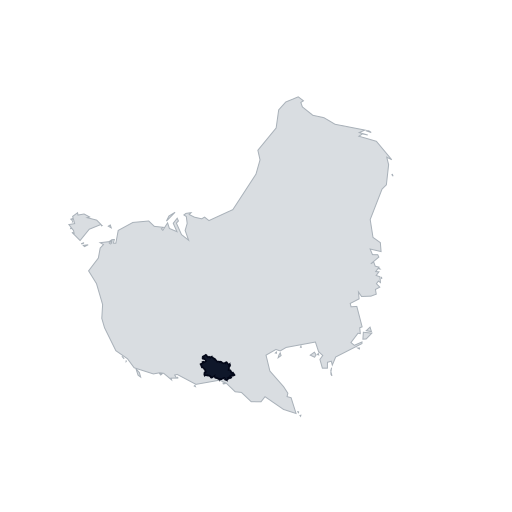 location of Charters Towers, Queensland, Australia, rotated 139°
{"feature_id": "25037944B10597176528862", "entity_name": "Charters Towers", "entity_type": "district", "adm_level": 2, "iso_a3": "AUS", "parent_name": "Australia", "parent_adm1": "Queensland", "projection": "albers", "projection_center": [146.233, -20.209], "detail": "fine", "context": "in_parent", "style": "filled", "palette": "ink", "viewbox_px": 512, "rotation_deg": 139, "n_neighbors": 0, "source": "geoboundaries", "source_scale": "gbopen_adm2", "svg_char_len": 8004}
<svg xmlns="http://www.w3.org/2000/svg" viewBox="0 0 512 512"><g transform="rotate(139 256 256)"><path d="M335.9,122.1L341.5,143.9L347.9,142.7L355.2,149.2L356.5,162.6L360.8,167.2L361.9,179.7L365.0,186.2L385.5,198.5L393.2,218.4L395.5,219.5L396.0,215.9L400.3,219.6L401.0,217.9L402.6,228.0L405.2,231.0L410.8,234.3L421.3,251.6L420.4,262.8L423.9,276.5L417.4,301.2L413.3,310.1L403.6,320.0L394.5,339.8L392.1,354.6L376.3,357.9L368.4,364.2L363.6,364.7L364.9,368.3L357.3,363.1L358.4,361.8L357.9,360.5L356.5,360.5L354.0,362.8L352.1,361.4L355.2,359.2L353.4,357.6L343.2,365.7L326.9,362.1L314.0,352.8L313.3,345.1L307.1,338.4L309.6,338.6L309.5,336.5L301.0,339.0L303.3,333.6L299.7,326.2L297.0,335.0L290.7,336.2L291.6,333.3L294.5,333.1L298.2,321.0L296.5,312.1L292.7,321.8L286.6,325.7L282.7,331.5L283.5,334.3L280.9,334.1L276.6,331.3L279.2,331.1L277.0,325.7L272.6,319.7L269.3,319.1L268.3,313.6L243.0,306.2L202.3,317.8L189.9,325.9L185.2,334.6L156.8,339.4L143.0,351.4L132.5,352.7L119.7,348.4L118.4,342.0L121.4,342.5L123.2,338.1L120.8,324.9L114.0,315.8L109.9,303.5L91.2,279.6L97.1,281.4L92.3,274.0L95.5,278.3L99.8,278.9L89.9,263.6L90.4,239.6L92.5,244.8L96.0,237.9L110.9,224.2L117.0,223.8L145.9,208.6L155.5,193.3L153.4,184.5L158.7,177.3L165.3,186.4L167.2,180.6L163.3,177.1L164.0,174.6L174.5,174.8L171.1,174.3L172.7,170.1L170.5,166.9L175.9,165.7L173.6,163.4L178.1,162.5L176.1,159.0L179.5,154.3L180.1,156.8L183.3,156.1L183.0,151.3L187.8,152.4L190.3,148.3L195.6,150.3L202.9,156.2L202.3,161.6L206.3,156.0L216.0,158.4L217.6,155.3L213.0,151.8L222.4,132.9L224.8,133.8L228.2,129.0L229.7,130.8L241.1,128.4L240.4,124.1L232.4,121.6L233.5,120.4L262.1,127.5L270.0,123.6L268.2,127.2L271.8,128.9L275.7,124.5L279.5,127.8L275.6,136.0L270.9,137.1L271.5,142.8L267.6,152.1L293.2,167.2L300.0,168.5L302.3,172.4L313.5,174.6L321.0,160.1L320.9,139.3L322.0,131.5L324.8,129.5L322.5,126.0L329.1,110.9L335.9,122.1ZM352.3,381.5L364.3,385.6L378.6,383.1L379.4,394.6L378.4,392.5L377.0,394.9L376.6,402.5L371.6,399.4L368.4,406.2L362.3,405.7L363.5,403.7L358.2,400.5L356.0,394.7L358.3,395.7L352.7,387.6L352.3,381.5ZM219.2,121.8L227.3,121.1L229.9,123.1L225.0,128.0L219.2,121.8ZM288.4,342.1L300.7,341.1L295.5,343.3L288.4,342.1ZM278.2,141.2L280.1,145.6L275.0,145.1L275.6,141.9L278.2,141.2ZM420.6,249.6L420.5,244.5L422.5,240.3L423.2,243.4L420.6,249.6ZM375.3,374.6L379.3,375.6L379.4,377.3L375.3,374.6ZM218.5,123.2L221.8,127.3L216.6,127.5L218.5,123.2ZM347.9,375.4L345.6,375.0L346.8,372.2L347.9,375.4ZM306.0,164.7L303.6,166.2L301.3,167.0L302.4,164.4L306.0,164.7ZM90.9,278.5L88.7,276.4L88.1,274.2L88.3,274.0L90.9,278.5ZM378.5,378.8L380.0,379.9L377.1,379.0L378.5,378.8ZM404.2,228.7L406.0,228.7L405.9,231.0L404.2,228.7ZM362.5,179.6L364.6,180.9L364.3,181.7L362.5,179.6ZM371.4,403.4L371.6,405.3L370.1,404.7L371.4,403.4ZM423.0,264.9L423.0,267.7L422.8,267.6L423.0,264.9ZM239.6,119.8L238.2,118.7L239.0,118.0L239.6,119.8ZM277.1,117.4L275.3,119.8L277.3,115.7L277.1,117.4ZM423.4,261.5L422.5,262.4L423.1,261.5L423.4,261.5ZM282.3,158.0L281.2,158.5L281.8,157.4L282.3,158.0ZM274.3,141.3L272.9,141.6L273.6,140.2L274.3,141.3ZM100.2,226.3L100.1,228.2L99.5,228.1L100.2,226.3ZM326.7,109.9L326.7,111.5L326.1,110.4L326.7,109.9ZM356.5,361.2L356.8,362.1L356.4,361.8L356.5,361.2ZM274.8,120.4L272.2,122.1L274.8,120.0L274.8,120.4ZM176.0,156.8L175.1,158.0L175.6,156.7L176.0,156.8ZM372.3,402.1L371.5,402.5L372.0,401.8L372.3,402.1ZM305.0,170.1L303.6,170.1L304.3,169.2L305.0,170.1ZM171.7,165.5L171.1,166.2L170.9,164.8L171.7,165.5ZM378.0,398.3L377.0,398.8L377.3,397.8L378.0,398.3ZM327.5,105.8L327.4,106.8L326.6,106.4L327.5,105.8ZM355.9,362.4L357.0,363.2L355.2,363.0L355.9,362.4ZM387.9,198.4L387.0,198.4L387.4,197.2L387.9,198.4ZM395.2,215.8L394.7,215.8L395.1,214.8L395.2,215.8ZM352.8,380.1L352.5,380.8L352.2,379.9L352.8,380.1Z" fill="#d9dde1" stroke="#a8b0b8" stroke-width="1"/><path d="M362.0,215.0L362.0,214.2L362.3,214.3L362.3,214.0L363.4,214.1L363.5,213.2L362.7,213.1L362.8,212.3L362.3,212.3L362.5,209.5L362.8,209.6L363.0,209.4L364.6,209.6L364.6,210.1L365.1,210.9L365.5,211.0L365.8,211.1L365.9,210.0L367.3,210.2L367.2,210.4L367.3,210.4L368.1,210.7L368.8,210.8L368.8,210.4L368.9,210.2L369.0,209.8L369.1,209.7L369.4,209.2L369.5,209.0L369.5,208.9L369.4,208.8L369.2,208.5L369.2,208.4L369.2,208.2L369.4,208.1L369.5,207.8L369.9,207.6L370.0,207.4L369.9,207.2L369.7,207.0L369.5,206.9L369.3,206.9L369.1,206.6L369.2,206.4L369.1,206.1L369.1,205.9L369.0,205.6L369.1,205.4L369.1,205.1L369.2,204.9L369.3,204.8L369.0,204.1L369.1,203.8L369.0,203.7L369.1,203.4L369.0,203.1L369.3,202.9L369.5,202.9L369.6,202.6L369.8,202.6L370.0,202.2L369.9,201.9L370.0,201.9L370.2,201.7L370.1,201.3L370.4,201.2L370.6,201.4L370.8,201.4L371.0,201.7L371.6,201.7L371.8,201.3L371.8,201.2L372.1,201.1L372.4,201.0L372.6,200.8L372.7,200.5L372.9,200.3L372.8,200.0L372.9,199.8L373.2,199.6L373.3,199.3L372.2,199.2L371.9,198.8L371.9,198.7L371.7,198.4L371.5,198.2L371.3,198.1L371.2,198.1L371.3,197.9L371.2,197.8L371.2,197.7L371.0,197.4L370.7,197.2L370.6,197.4L370.4,197.4L370.3,197.2L370.3,196.9L370.2,196.9L370.0,196.5L369.9,196.4L369.7,196.4L369.5,196.1L369.3,196.0L369.3,195.8L369.5,195.8L369.6,195.7L369.7,195.4L369.6,195.2L369.3,194.8L369.3,194.7L369.6,194.7L369.7,194.4L369.7,193.7L369.1,193.4L368.9,193.4L369.0,193.1L366.3,192.8L366.5,192.7L366.4,192.6L366.5,192.5L366.5,192.4L366.5,192.1L366.4,191.9L366.4,191.7L366.5,191.3L366.7,191.1L366.7,190.7L366.5,190.3L366.6,190.1L366.5,190.3L366.3,190.1L366.2,190.1L366.3,190.1L366.2,190.1L366.0,189.9L365.7,189.9L365.7,189.7L365.7,189.4L365.5,189.2L365.3,189.2L365.2,189.1L365.3,189.0L365.2,188.8L365.1,188.7L365.3,188.5L365.3,188.4L365.2,188.2L365.0,187.9L364.9,187.5L364.6,187.6L364.4,187.5L364.3,187.4L364.3,187.1L364.1,187.0L364.0,186.9L363.7,186.8L363.8,186.8L363.7,186.7L363.8,186.7L363.7,186.6L363.8,186.5L363.4,186.6L363.2,186.6L362.9,186.0L362.9,185.9L363.1,185.8L363.0,185.7L362.9,185.8L362.7,185.7L362.6,185.8L362.5,185.7L362.3,185.7L362.2,185.6L361.9,185.6L361.7,185.5L361.7,185.4L361.4,185.3L361.2,185.2L361.1,185.4L360.5,185.3L360.5,185.2L360.4,185.2L360.2,185.2L359.9,185.0L359.9,184.9L359.7,184.8L359.7,184.7L359.8,184.6L359.8,184.4L359.8,184.2L360.0,182.9L359.9,182.9L359.9,182.5L360.0,182.6L360.3,182.7L360.2,182.5L360.0,182.3L360.0,182.1L359.8,181.8L359.7,182.1L359.7,181.8L359.4,181.5L359.4,181.4L359.3,181.5L359.2,181.5L357.3,181.5L357.2,182.6L356.3,182.5L355.5,181.5L355.6,181.4L355.3,181.3L355.4,181.2L355.2,181.2L355.2,180.5L354.4,180.5L354.1,180.6L354.1,180.8L354.3,180.9L354.3,181.1L354.5,181.2L354.5,181.4L354.5,181.7L354.4,181.8L354.5,181.8L354.5,182.0L354.3,182.2L354.3,182.3L354.1,182.5L354.0,182.4L353.8,182.5L353.7,182.5L353.7,182.4L353.4,182.3L353.4,182.2L352.8,181.9L352.7,181.8L352.6,181.6L352.5,181.9L352.2,181.9L352.2,182.0L352.3,182.1L351.9,182.0L351.9,181.9L351.5,181.8L351.5,181.3L351.6,181.0L351.6,180.7L351.4,180.7L351.1,180.6L350.8,180.6L350.6,180.2L350.2,180.2L349.9,183.1L350.9,183.2L351.1,183.4L350.7,183.8L350.9,184.0L351.0,184.1L351.3,184.4L350.7,184.8L351.1,185.3L350.4,185.9L350.3,186.5L350.5,186.6L351.0,187.8L351.2,188.0L351.3,187.9L351.5,188.0L351.0,188.4L350.8,188.2L349.8,189.1L349.7,189.2L349.7,189.4L349.4,190.0L348.4,189.9L348.4,190.6L347.4,190.4L347.3,191.1L346.9,191.1L346.9,191.7L346.8,191.8L347.1,191.8L347.4,191.9L348.0,192.1L347.8,195.1L348.0,195.3L348.1,195.5L348.3,195.5L348.5,195.5L348.5,195.4L349.2,195.3L349.4,195.6L349.7,195.6L349.8,195.4L350.1,196.0L351.1,196.3L351.1,196.9L351.4,197.2L351.7,197.6L351.5,197.8L351.5,198.1L351.6,198.4L351.5,198.7L352.3,199.1L352.2,199.4L352.5,199.5L352.3,199.6L352.3,199.8L352.5,199.9L352.7,200.0L352.8,200.0L353.0,200.2L353.1,200.4L353.1,200.5L353.5,201.0L353.9,201.4L354.7,201.5L354.5,204.6L355.0,204.6L355.0,205.5L354.6,205.4L354.6,205.7L355.0,206.0L355.0,206.4L355.3,206.5L355.2,207.4L355.3,207.4L355.2,207.8L355.6,208.7L355.6,208.8L355.4,209.1L355.9,209.2L356.2,209.2L357.1,209.1L357.0,210.1L357.7,210.1L357.7,210.9L358.9,211.0L358.9,211.4L358.7,211.3L358.6,213.1L358.5,213.4L358.9,213.4L358.8,214.4L359.7,214.5L362.0,215.0Z" fill="#0f172a" stroke="#020617" stroke-width="1.5"/></g></svg>